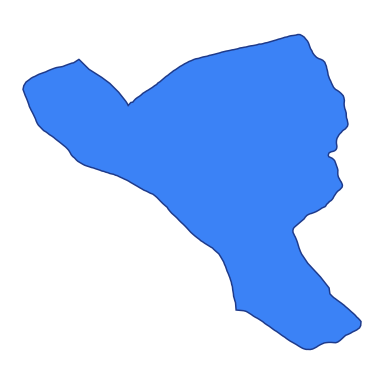 Cidade De Tete, Tete, Mozambique (orthographic projection)
{"feature_id": "85939544B33116803936279", "entity_name": "Cidade De Tete", "entity_type": "district", "adm_level": 2, "iso_a3": "MOZ", "parent_name": "Mozambique", "parent_adm1": "Tete", "projection": "orthographic", "projection_center": [33.575, -16.158], "detail": "fine", "context": "isolated", "style": "filled", "palette": "blue", "viewbox_px": 384, "rotation_deg": 0, "n_neighbors": 0, "source": "geoboundaries", "source_scale": "gbopen_adm2", "svg_char_len": 5796}
<svg xmlns="http://www.w3.org/2000/svg" viewBox="0 0 384 384"><path d="M361.0,321.5L359.7,319.9L358.1,318.2L356.7,317.0L355.3,315.3L353.4,313.5L351.5,311.9L350.2,310.7L348.7,309.3L347.2,308.0L345.6,306.7L343.9,305.1L342.4,304.0L341.7,303.4L338.9,301.4L337.0,300.0L335.3,298.7L333.7,297.6L331.8,295.8L329.9,293.8L329.1,288.0L320.5,277.0L307.8,263.3L302.1,254.8L301.9,254.7L300.4,251.5L299.0,247.8L297.5,242.7L297.2,241.8L296.4,239.6L295.0,236.4L294.7,236.1L294.1,234.7L293.0,232.4L292.9,230.4L293.4,228.5L294.2,227.4L295.3,226.4L303.0,219.8L304.1,218.9L304.5,218.2L304.8,217.9L305.2,217.2L306.9,215.4L308.6,214.4L310.3,213.7L311.3,213.5L314.3,212.4L316.4,211.5L319.0,210.0L320.1,209.3L322.0,208.0L323.8,207.2L325.0,206.7L325.7,206.0L326.1,205.3L326.4,204.7L327.0,204.0L327.8,203.3L329.1,202.0L329.1,201.8L329.7,201.4L331.1,200.5L332.1,199.5L333.0,198.3L333.7,196.9L334.3,195.8L335.1,194.7L335.8,193.6L336.4,192.7L337.2,191.8L338.2,190.8L339.7,189.8L341.0,188.4L342.0,187.3L342.4,185.9L342.4,185.0L341.8,183.2L341.3,182.3L341.3,182.1L341.0,181.7L340.1,180.3L339.3,178.7L338.5,177.3L338.1,175.9L337.8,174.5L337.8,172.8L337.8,171.6L337.9,170.3L337.6,168.9L337.1,167.3L336.8,166.6L336.3,165.1L335.7,163.4L335.1,161.8L334.6,160.6L333.6,159.5L332.2,158.3L331.0,157.7L329.9,157.2L328.8,156.7L328.3,155.5L328.4,154.6L328.8,153.3L329.5,152.6L329.8,152.5L330.5,152.1L331.5,151.7L332.9,151.4L334.1,151.0L335.0,150.5L336.1,149.5L336.7,148.2L336.9,146.7L336.8,145.5L336.5,143.9L336.4,142.4L336.5,140.6L336.9,138.7L337.3,137.8L338.1,136.4L338.7,135.3L339.4,134.3L340.4,133.2L341.3,132.4L342.1,131.3L342.9,130.5L343.7,129.9L344.9,129.2L345.6,128.6L346.5,127.4L347.4,126.4L347.7,125.3L347.9,124.4L348.0,124.1L347.2,119.8L346.5,117.9L346.3,115.8L346.2,113.1L345.5,110.5L344.7,108.3L344.2,105.5L344.1,103.5L344.4,100.5L343.9,97.7L343.2,95.7L341.2,93.5L339.4,91.9L337.6,90.6L335.5,89.4L333.6,87.4L332.5,85.2L331.4,82.9L330.7,81.1L329.5,78.8L328.8,76.8L328.1,74.8L327.8,72.7L327.4,70.6L326.7,68.2L326.4,66.3L325.5,64.2L324.8,62.3L322.8,60.3L320.8,59.3L318.7,58.6L316.6,57.4L315.3,56.1L314.1,54.8L312.7,52.8L311.9,50.8L310.6,48.8L309.9,47.0L309.2,44.9L308.5,43.0L307.5,41.1L305.7,39.0L304.2,37.1L302.1,35.7L300.0,34.6L297.9,34.5L295.9,35.1L293.9,35.4L292.2,35.6L291.3,35.7L289.3,36.1L287.1,36.9L284.8,37.3L282.5,38.1L280.2,38.8L278.4,39.2L276.5,39.9L274.0,40.6L271.7,41.3L269.6,41.9L267.3,42.6L265.0,43.0L262.8,43.7L261.0,44.1L259.1,44.1L257.0,44.8L255.1,45.2L252.9,45.6L250.6,45.9L248.6,46.3L246.1,47.0L243.9,47.3L242.0,47.7L239.9,48.0L237.7,48.8L235.8,49.2L234.0,49.6L232.0,49.9L230.0,50.4L228.0,50.8L226.2,51.1L223.3,51.8L221.6,52.2L219.7,52.9L217.7,53.4L214.7,54.2L211.4,55.0L209.4,55.4L207.2,56.2L205.0,56.6L202.9,57.0L200.6,57.7L198.5,58.4L195.9,58.8L193.8,59.5L191.2,60.7L189.0,61.5L186.9,62.7L184.6,63.8L182.2,65.3L180.0,66.5L177.6,68.2L175.6,69.6L173.5,70.8L171.9,72.1L169.9,73.6L168.0,75.2L165.9,76.6L163.8,78.4L161.8,80.1L160.0,81.7L157.9,83.0L156.6,84.5L154.6,85.7L152.1,87.6L150.3,88.7L148.2,90.1L146.5,91.0L144.7,92.2L142.9,93.3L141.2,94.9L139.4,96.3L137.3,97.6L135.5,99.0L134.3,100.3L132.7,102.2L130.8,102.5L128.2,105.5L127.1,103.3L125.8,101.3L118.6,92.2L109.8,83.4L101.6,77.3L89.0,69.3L79.1,59.5L78.9,59.4L73.6,62.8L71.5,63.2L70.5,63.6L68.2,64.4L66.9,64.9L65.2,65.5L64.5,65.8L62.7,66.5L60.7,66.9L58.6,67.2L56.4,67.6L54.2,68.3L52.1,69.1L50.0,69.9L47.9,70.8L45.7,71.9L43.6,72.6L41.4,73.4L39.1,74.2L37.1,75.2L34.9,76.4L33.1,77.1L31.0,78.3L29.4,79.6L27.6,80.9L26.0,82.1L23.8,85.7L23.0,89.4L25.3,95.7L26.3,97.9L27.2,100.1L27.9,102.0L28.7,104.2L29.4,106.6L30.4,108.6L31.2,110.3L32.4,112.5L33.5,114.7L34.3,116.4L35.4,118.7L36.3,121.3L37.4,123.6L38.5,125.3L40.3,127.1L41.8,128.7L43.7,130.6L45.8,131.8L47.6,133.1L49.4,134.6L51.7,136.0L53.8,137.5L55.5,139.0L57.7,140.7L59.8,142.3L61.9,144.0L64.1,145.8L65.5,146.9L67.3,148.7L68.7,150.3L70.0,152.4L71.2,154.7L72.7,156.5L74.5,157.9L76.4,160.0L78.0,161.4L80.2,162.7L82.4,164.0L84.6,165.2L86.9,166.0L89.1,166.7L91.4,167.5L93.3,167.9L95.4,168.7L97.6,169.4L100.0,170.2L101.9,171.0L103.9,171.4L105.9,172.2L108.0,172.7L109.8,173.5L111.6,173.9L113.6,174.3L115.5,175.2L117.2,175.6L118.9,176.5L120.8,177.4L122.6,178.2L124.4,179.1L126.3,179.9L128.6,181.1L130.6,182.4L132.9,183.7L135.1,185.0L137.4,186.3L139.7,187.7L142.0,189.0L144.0,190.2L146.1,191.0L148.1,192.0L150.3,193.2L152.8,194.1L155.0,195.8L157.0,197.5L159.0,199.6L161.0,201.7L162.9,203.6L165.4,205.8L167.2,207.3L168.3,209.2L170.2,211.5L171.7,213.2L173.5,214.8L175.4,216.5L177.0,218.0L179.1,220.3L181.3,222.5L183.3,224.3L185.4,226.4L187.1,228.2L188.8,230.1L190.9,232.4L192.9,234.2L195.1,236.1L197.4,237.9L199.4,239.4L200.8,240.7L202.8,241.9L204.6,243.2L206.4,244.3L209.0,245.9L210.9,247.1L212.5,248.0L213.7,249.3L215.1,250.6L216.7,252.0L218.8,253.8L220.0,255.7L221.2,257.7L222.5,259.9L223.7,262.0L224.5,264.3L225.5,266.4L226.3,268.7L227.1,271.1L228.3,273.7L229.1,275.8L229.9,277.8L230.6,280.1L231.3,282.1L231.7,284.4L232.4,286.6L232.7,289.6L233.1,291.9L233.4,293.7L233.6,296.2L234.2,298.2L234.8,300.5L235.5,302.6L236.1,310.0L243.6,310.7L245.9,311.3L247.5,312.1L249.4,313.3L251.3,314.5L253.2,315.9L255.3,317.2L257.3,318.2L259.1,319.3L261.1,320.6L262.8,321.7L264.8,323.4L267.0,324.9L269.1,326.2L271.1,327.7L273.2,329.3L274.6,330.3L276.5,331.4L278.9,333.1L281.0,334.7L283.0,336.1L284.8,337.2L286.4,338.5L288.3,339.8L290.4,341.2L292.4,342.3L294.0,343.2L296.3,344.5L298.3,345.8L300.1,346.9L302.4,348.2L304.2,348.9L306.2,349.4L308.3,349.4L310.2,349.5L312.6,349.0L314.3,348.2L316.6,347.0L318.5,345.7L320.7,344.5L322.5,343.7L324.4,342.9L326.5,342.6L328.7,342.4L331.2,342.4L333.6,342.6L335.8,342.7L337.8,342.0L340.1,340.4L342.1,338.6L344.0,336.8L345.7,335.3L348.2,334.3L350.7,333.1L352.6,331.9L354.4,331.1L356.8,329.9L358.1,328.9L359.5,327.9L360.7,325.6L361.0,321.5Z" fill="#3b82f6" stroke="#1e3a8a" stroke-width="1.5"/></svg>